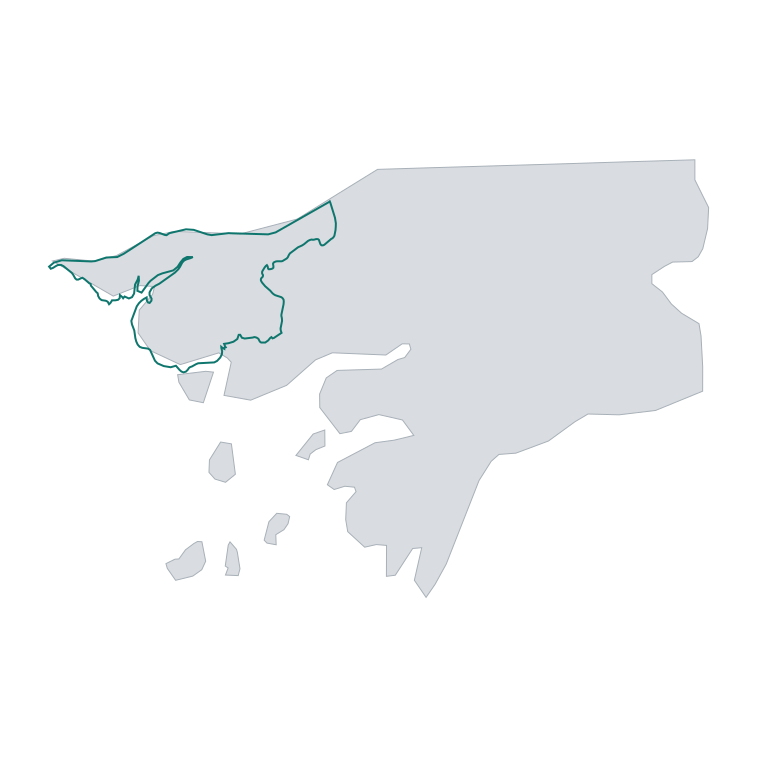 Guinea-Bissau, with Cacheu highlighted, rotated 358°
{"feature_id": "GNB-771", "entity_name": "Cacheu", "entity_type": "Region", "adm_level": 1, "iso_a3": "GNB", "parent_name": "Guinea-Bissau", "parent_adm1": "", "projection": "robinson", "projection_center": [-16.012, 12.221], "detail": "fine", "context": "in_parent", "style": "outline", "palette": "teal", "viewbox_px": 768, "rotation_deg": 358, "n_neighbors": 0, "source": "natural_earth", "source_scale": "10m", "svg_char_len": 5055}
<svg xmlns="http://www.w3.org/2000/svg" viewBox="0 0 768 768"><g transform="rotate(358 384 384)"><path d="M57.0,249.5L68.9,247.2L98.2,251.1L120.9,246.4L137.0,238.5L158.8,227.7L179.9,224.2L245.8,229.0L303.1,216.1L345.7,191.7L385.0,169.3L436.0,169.5L490.6,169.8L568.3,170.2L629.8,170.4L702.5,170.8L701.8,190.8L714.6,219.0L712.8,240.0L707.3,259.9L702.5,267.8L696.1,272.4L676.7,272.2L668.4,276.2L655.5,284.0L655.2,293.1L665.5,301.8L674.0,314.1L683.9,323.7L700.9,334.7L702.5,347.0L703.1,378.1L702.2,402.3L654.5,419.9L617.9,423.0L586.8,421.1L573.3,428.5L546.4,446.7L513.4,457.7L496.4,458.4L488.4,465.0L475.6,483.8L439.9,566.1L428.1,585.9L418.6,598.7L407.5,581.2L416.0,548.9L406.9,549.4L388.6,575.5L379.7,576.3L380.9,545.4L370.7,544.2L359.0,546.4L342.6,530.3L341.0,518.2L342.3,501.4L352.3,490.6L350.9,486.1L341.3,484.8L330.5,487.7L323.9,482.7L334.8,460.8L373.0,442.4L392.2,440.5L412.0,436.4L401.2,420.6L377.8,414.4L359.1,418.8L349.8,430.2L338.2,432.1L319.0,405.3L319.3,391.8L326.5,375.9L337.6,368.8L382.0,369.0L398.8,360.0L405.6,358.3L412.1,350.2L410.7,344.8L403.5,344.5L386.9,355.1L333.5,351.0L316.4,357.5L286.7,381.9L250.2,395.5L223.7,389.8L232.1,356.9L228.3,352.5L220.0,347.1L181.1,357.5L151.7,342.5L140.0,324.4L142.0,301.6L155.9,286.3L158.1,278.6L143.5,277.1L116.5,286.7L57.0,249.5ZM186.2,569.3L168.9,572.9L161.0,560.7L159.8,555.9L168.9,551.8L172.9,551.7L179.8,542.8L188.4,536.8L192.1,534.9L196.5,535.3L199.6,554.9L195.4,563.2L186.2,569.3ZM232.3,469.0L222.2,476.7L211.7,473.1L206.0,466.2L206.9,453.8L218.7,436.3L229.4,438.5L232.3,469.0ZM214.0,366.2L202.8,396.4L188.9,393.1L179.1,375.1L178.1,367.5L206.3,365.1L214.0,366.2ZM270.6,530.8L270.6,540.9L261.5,538.9L258.8,535.9L264.2,517.6L272.3,509.5L282.2,510.8L285.1,513.2L283.2,520.3L278.9,526.1L270.6,530.8ZM307.8,451.4L305.8,457.1L293.5,452.3L311.5,431.5L323.2,427.9L322.8,443.9L313.7,447.2L307.8,451.4ZM233.6,563.6L231.6,570.4L218.9,569.4L221.8,562.4L219.0,560.4L222.7,539.6L224.6,536.4L230.8,544.1L231.6,547.3L233.6,563.6Z" fill="#d9dde1" stroke="#a8b0b8" stroke-width="1"/><path d="M273.5,230.4L281.0,228.7L335.6,200.1L336.2,199.6L336.7,201.0L340.8,216.1L341.5,221.7L341.3,225.1L340.9,228.6L339.6,234.1L338.6,235.6L337.5,236.6L336.4,237.1L329.2,242.8L327.9,243.3L326.7,243.3L325.8,242.7L325.2,241.7L324.0,237.7L323.2,237.0L321.9,236.8L320.7,236.9L319.7,237.2L319.0,237.3L318.0,237.4L316.9,237.1L315.2,237.4L313.1,238.3L309.1,241.4L306.9,242.7L302.8,244.4L294.5,250.2L293.4,251.8L292.2,254.1L291.1,255.2L286.8,257.6L285.6,257.8L281.5,257.6L280.0,257.8L278.0,258.7L277.3,259.9L277.4,261.1L277.6,262.3L277.5,263.9L276.6,264.7L275.4,265.1L274.0,265.3L272.9,265.3L272.2,264.7L271.8,262.3L271.1,261.1L270.0,261.9L268.6,263.6L266.2,267.3L266.0,268.9L266.4,270.1L266.9,271.0L266.6,272.5L264.9,274.2L264.6,275.2L264.6,276.3L265.1,277.3L265.7,278.4L268.6,282.1L273.6,286.8L275.7,289.4L276.6,290.2L277.5,290.9L278.5,291.5L284.3,293.6L285.3,294.3L286.0,295.2L286.6,296.3L286.7,298.2L286.4,300.8L283.9,311.0L283.8,312.4L284.1,313.8L284.3,315.5L284.3,317.5L282.6,324.7L282.6,326.3L282.8,327.4L283.4,329.3L274.8,334.6L274.6,334.9L274.7,335.1L273.1,333.2L271.8,334.1L269.8,336.4L266.8,338.4L262.7,338.3L261.4,337.3L260.0,334.4L258.3,333.2L256.4,332.6L255.5,332.7L254.5,333.0L246.4,333.7L243.6,332.8L242.0,329.8L240.5,329.8L239.0,333.9L235.0,336.5L230.0,337.8L225.6,338.3L226.2,340.0L226.5,340.8L227.1,341.8L226.4,342.0L225.9,342.0L225.6,342.2L225.6,343.3L223.9,342.3L222.7,341.2L222.7,342.3L223.4,345.6L223.0,348.7L221.2,351.9L218.0,355.1L215.1,356.5L199.0,356.8L196.9,357.6L192.6,359.8L190.9,360.3L189.7,361.1L188.4,362.9L186.5,364.7L184.1,365.4L182.0,364.5L180.1,362.7L176.7,358.5L171.4,359.8L164.5,358.4L158.4,355.5L155.9,352.7L151.4,341.8L149.4,340.4L143.6,339.4L141.1,338.3L139.2,336.0L137.9,332.9L137.1,329.4L136.3,321.8L134.2,315.6L133.7,312.1L139.6,297.8L141.9,294.7L144.4,292.4L147.0,290.6L149.8,289.2L149.9,292.2L151.0,294.3L152.6,294.8L154.5,292.6L154.7,290.6L152.8,286.9L152.9,284.2L155.3,280.3L159.0,277.8L163.0,275.9L178.9,265.4L182.5,262.1L184.2,259.8L186.6,255.6L188.5,253.7L190.5,252.7L195.2,251.4L197.4,250.5L191.6,250.2L187.8,252.0L184.8,255.4L181.8,259.7L177.4,263.1L166.3,265.7L161.8,267.3L154.3,272.7L152.2,274.8L144.9,284.2L140.8,282.3L141.1,277.7L142.7,272.2L142.6,267.3L141.5,271.0L138.7,275.9L137.4,284.9L135.2,288.4L132.0,289.6L127.8,287.5L126.3,289.2L125.7,288.2L123.2,285.9L122.8,289.1L121.1,290.6L118.4,291.0L115.1,290.9L114.6,291.8L113.3,293.6L112.0,294.7L111.4,293.5L111.0,292.5L110.1,291.7L108.9,291.1L104.7,290.3L102.7,288.6L101.4,286.1L101.0,283.3L99.7,282.1L94.5,275.4L94.4,273.9L92.9,273.0L88.3,268.7L86.3,267.3L85.3,267.6L82.0,269.0L80.4,268.9L79.1,267.7L77.1,263.8L75.9,262.1L67.9,255.1L65.4,253.7L62.2,253.7L59.8,254.9L57.5,256.3L55.0,257.2L53.4,255.0L58.3,251.2L66.3,249.1L95.6,251.3L99.6,251.1L110.9,247.9L121.8,247.8L128.4,244.8L145.7,234.4L160.7,225.3L162.9,224.8L165.2,225.3L169.9,227.3L171.7,227.7L172.7,227.2L173.7,226.4L175.1,225.7L191.5,222.5L199.2,223.3L212.7,228.3L216.9,229.2L234.0,227.8L236.2,228.0L273.5,230.4Z" fill="none" stroke="#0f766e" stroke-width="2"/></g></svg>